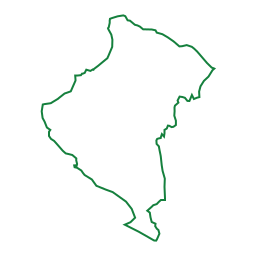 Sanquin Dist #3, Sinoe, Liberia (Natural Earth projection)
{"feature_id": "62588387B80156561530658", "entity_name": "Sanquin Dist #3", "entity_type": "district", "adm_level": 2, "iso_a3": "LBR", "parent_name": "Liberia", "parent_adm1": "Sinoe", "projection": "natural_earth1", "projection_center": [-9.294, 5.279], "detail": "fine", "context": "isolated", "style": "outline", "palette": "green", "viewbox_px": 256, "rotation_deg": 0, "n_neighbors": 0, "source": "geoboundaries", "source_scale": "gbopen_adm2", "svg_char_len": 2191}
<svg xmlns="http://www.w3.org/2000/svg" viewBox="0 0 256 256"><path d="M213.9,68.4L211.7,67.6L207.0,63.0L201.0,56.0L197.3,51.7L194.1,48.6L191.8,46.8L186.7,45.1L182.1,46.2L179.4,46.4L173.6,41.4L167.7,37.3L162.4,34.2L156.7,32.6L156.6,32.3L155.5,30.3L151.8,29.5L143.1,29.3L139.9,26.6L137.4,25.4L134.9,24.8L130.0,20.7L127.6,20.3L125.3,16.2L124.6,15.9L123.3,15.4L117.7,16.3L112.2,18.0L110.0,18.8L109.7,20.5L109.7,22.9L108.7,27.4L108.0,28.2L108.4,29.3L111.3,34.6L112.4,39.7L112.2,46.9L111.9,47.6L108.1,56.6L107.9,56.9L107.4,58.2L104.9,60.2L97.9,66.0L95.1,68.1L93.8,69.1L93.5,69.7L92.9,69.4L90.4,70.9L86.3,69.7L84.7,72.9L82.7,73.7L82.0,73.7L80.9,75.2L77.7,75.5L75.2,75.5L75.5,79.6L75.5,80.2L75.5,80.6L70.8,91.3L70.6,91.4L66.7,92.8L64.6,93.5L60.8,96.5L60.4,96.8L58.4,98.4L58.3,98.6L56.2,99.9L52.7,102.0L51.0,103.1L50.5,103.2L50.2,103.3L44.5,104.1L42.8,104.5L41.7,111.3L42.6,118.0L44.6,121.7L46.9,127.5L50.3,129.9L49.6,130.9L49.0,131.8L49.0,136.0L51.0,138.9L53.0,140.2L54.1,140.9L58.1,145.4L62.7,150.7L65.7,153.4L68.4,154.0L72.3,155.0L76.3,158.4L76.2,160.2L77.1,164.0L76.5,166.3L75.4,166.5L75.4,165.3L74.2,165.4L74.6,167.2L77.1,167.8L81.3,170.5L83.0,173.0L84.6,175.0L91.9,179.5L93.3,181.5L96.4,185.8L105.8,189.6L112.7,192.1L126.0,201.6L131.7,208.9L135.1,217.7L130.5,222.2L124.8,224.7L138.7,231.7L154.1,240.5L156.2,240.6L157.0,239.2L159.4,233.7L158.4,230.0L156.8,228.7L155.2,226.2L155.5,223.7L152.6,222.4L151.7,222.0L150.5,217.3L149.8,212.6L147.3,210.7L151.7,206.8L153.3,205.2L156.7,204.1L158.8,201.9L160.9,200.0L165.0,200.0L165.0,198.5L164.5,186.8L164.8,178.6L162.6,170.9L161.7,165.1L160.8,156.7L160.6,155.4L160.2,153.4L159.6,150.5L159.0,147.2L158.9,146.4L156.6,143.9L156.4,140.4L157.2,138.9L158.4,138.5L160.7,138.0L160.7,137.7L161.9,134.1L164.0,136.5L164.5,133.2L164.5,129.9L166.8,128.5L167.9,125.6L169.3,125.8L171.6,127.1L173.4,126.8L173.7,126.6L175.9,125.0L175.9,120.7L174.3,115.7L174.6,111.2L174.5,107.5L174.8,106.2L175.0,105.6L178.4,102.6L177.6,100.5L179.6,96.6L182.4,97.0L184.9,97.8L187.4,100.9L189.4,101.0L190.8,97.7L191.9,95.0L193.9,99.0L197.0,97.7L199.4,97.1L199.1,91.6L200.5,86.3L203.9,80.9L208.5,76.6L212.5,70.2L214.3,68.6L213.9,68.4Z" fill="none" stroke="#15803d" stroke-width="2"/></svg>